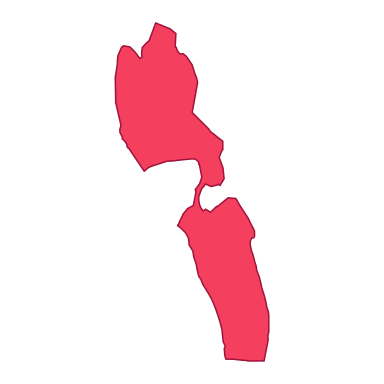 Raydah, Amran, Yemen (Equal Earth projection)
{"feature_id": "15242507B40923002776942", "entity_name": "Raydah", "entity_type": "district", "adm_level": 2, "iso_a3": "YEM", "parent_name": "Yemen", "parent_adm1": "Amran", "projection": "equal_earth", "projection_center": [44.059, 15.769], "detail": "fine", "context": "isolated", "style": "filled", "palette": "rose", "viewbox_px": 384, "rotation_deg": 0, "n_neighbors": 0, "source": "geoboundaries", "source_scale": "gbopen_adm2", "svg_char_len": 3622}
<svg xmlns="http://www.w3.org/2000/svg" viewBox="0 0 384 384"><path d="M264.1,360.9L268.1,340.3L268.1,339.4L268.0,338.1L268.0,336.8L268.0,335.7L268.1,334.8L268.3,333.8L268.6,332.8L268.8,331.7L268.8,330.5L268.8,329.5L268.8,328.7L268.9,327.7L268.8,326.8L268.8,325.6L268.8,324.6L268.8,323.7L268.8,322.7L268.8,322.2L268.8,321.5L268.8,320.0L268.8,319.0L268.8,318.0L268.8,316.8L268.8,315.9L268.7,314.9L268.7,313.9L268.5,312.8L268.3,311.7L268.1,310.8L267.7,309.8L267.3,308.6L266.9,307.7L266.7,306.8L266.6,305.8L266.5,304.9L266.2,303.6L265.9,302.2L265.6,301.0L265.5,300.1L265.1,298.8L264.9,297.9L264.6,297.0L264.4,296.1L264.0,294.9L263.7,293.8L263.5,292.9L263.1,292.1L262.9,291.2L262.5,290.1L262.2,289.0L262.2,288.9L261.9,288.1L261.6,287.3L261.5,286.4L261.3,285.2L261.0,284.2L260.8,283.2L260.5,281.9L260.3,280.9L259.9,279.5L259.7,278.4L259.4,277.3L259.1,276.4L258.7,275.4L258.4,274.6L258.0,273.6L257.6,272.6L257.3,271.6L256.9,270.6L256.7,269.7L256.5,268.8L256.4,267.7L256.2,266.3L255.9,265.4L255.6,264.5L255.3,263.5L255.0,262.6L254.8,261.8L254.5,260.9L254.2,259.5L253.9,258.5L253.7,257.4L253.4,256.5L253.3,256.0L253.2,255.8L253.1,255.3L252.9,254.6L252.8,254.3L252.5,253.4L252.2,252.6L251.8,251.6L251.4,250.6L251.2,249.7L251.0,248.6L250.8,247.6L250.7,247.0L250.6,246.5L250.4,245.4L250.2,244.7L250.3,241.6L250.9,239.8L251.4,238.8L251.9,238.1L252.6,237.9L253.4,237.8L254.0,237.4L254.4,236.8L254.6,235.3L254.5,231.1L253.9,229.7L253.6,229.1L249.6,221.3L248.3,218.4L239.9,205.5L235.9,198.5L228.1,197.8L217.2,206.7L216.6,206.4L210.6,212.2L205.7,209.2L203.0,210.9L201.7,209.1L200.8,207.6L199.7,205.1L199.1,202.4L198.8,200.6L198.7,197.1L200.0,193.2L201.7,188.8L204.1,185.9L205.4,184.0L207.6,184.9L211.1,186.5L218.2,184.8L218.5,184.3L220.1,185.4L224.1,178.8L223.7,174.8L223.0,167.9L219.2,157.4L221.6,151.1L222.8,149.7L222.8,141.3L210.0,131.2L208.8,129.1L192.2,112.5L192.8,109.2L197.6,82.6L197.5,81.8L196.5,77.8L194.4,72.3L193.8,70.1L193.3,68.6L192.1,64.8L188.4,59.3L187.7,58.3L185.9,55.9L183.2,53.8L179.7,53.8L177.4,50.7L176.0,47.0L175.2,46.9L175.9,33.6L170.1,28.8L155.7,23.0L149.1,40.7L146.4,43.0L142.2,47.6L141.6,53.1L142.0,57.0L140.9,57.8L140.1,58.4L140.0,58.5L139.8,58.3L138.5,56.7L135.7,52.8L133.2,50.1L129.8,46.9L123.6,45.8L121.6,47.2L117.9,55.8L117.4,60.5L117.4,63.8L115.1,78.5L115.3,79.1L115.7,102.6L121.0,125.4L119.8,129.6L120.0,132.6L122.3,137.0L122.2,138.7L124.3,140.7L126.9,144.4L127.1,146.6L128.2,148.2L128.7,148.2L144.2,171.2L145.7,170.0L148.1,167.8L151.7,166.1L152.1,165.8L152.2,166.0L167.2,161.2L167.7,161.1L171.2,161.1L181.4,159.9L191.7,158.9L194.9,159.1L195.8,159.4L198.8,162.2L198.7,164.3L199.4,164.8L201.3,174.5L201.8,177.1L199.7,183.6L196.0,188.7L195.3,189.3L195.9,192.3L193.3,205.5L187.7,208.5L183.4,213.6L179.4,222.0L179.2,222.8L177.6,225.6L178.0,225.9L178.8,226.5L180.9,228.1L185.6,232.8L188.4,238.0L188.9,241.6L189.1,244.5L189.3,245.2L189.5,245.6L192.8,250.9L193.8,257.2L196.2,264.2L197.3,270.4L198.8,276.5L200.8,279.2L202.7,284.2L206.1,289.7L208.0,292.7L211.1,298.2L213.7,303.8L215.3,307.9L217.3,313.6L218.4,316.9L220.3,323.1L221.9,329.3L222.1,331.2L222.6,335.8L223.2,341.8L225.0,345.6L225.1,346.6L224.5,348.2L224.2,348.8L224.3,349.4L224.8,355.5L225.9,359.1L226.7,359.1L227.6,359.2L228.3,359.2L229.3,359.2L230.1,359.2L230.9,359.2L231.8,359.2L232.5,359.2L233.2,359.2L234.0,359.3L234.8,359.3L235.6,359.5L236.3,359.5L237.2,359.7L237.9,359.8L238.6,359.8L239.3,359.9L240.4,360.0L241.3,360.1L242.1,360.1L242.8,360.3L243.8,360.3L244.5,360.3L245.3,360.4L246.0,360.4L246.7,360.7L247.5,360.8L248.3,360.9L249.3,361.0L250.0,361.0L250.9,361.0L251.8,361.0L264.1,360.9Z" fill="#f43f5e" stroke="#9f1239" stroke-width="1.5"/></svg>